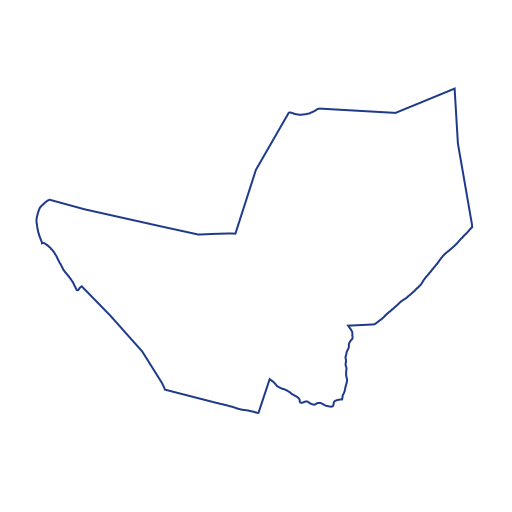 outline of Homoine, Inhambane, Mozambique, rotated 87°
{"feature_id": "85939544B9969435799517", "entity_name": "Homoine", "entity_type": "district", "adm_level": 2, "iso_a3": "MOZ", "parent_name": "Mozambique", "parent_adm1": "Inhambane", "projection": "orthographic", "projection_center": [35.094, -23.913], "detail": "fine", "context": "isolated", "style": "outline", "palette": "blue", "viewbox_px": 512, "rotation_deg": 87, "n_neighbors": 0, "source": "geoboundaries", "source_scale": "gbopen_adm2", "svg_char_len": 6049}
<svg xmlns="http://www.w3.org/2000/svg" viewBox="0 0 512 512"><g transform="rotate(87 256 256)"><path d="M120.4,109.2L112.2,184.0L112.2,185.2L112.3,186.2L112.7,187.4L114.0,189.4L114.2,189.9L115.0,191.6L115.7,193.7L116.3,194.9L116.5,195.4L116.5,195.9L116.7,197.1L116.8,198.0L117.0,198.6L117.1,201.4L117.3,202.9L117.3,204.7L116.6,208.2L115.9,210.7L115.5,211.2L115.2,212.3L114.9,212.8L114.6,213.8L114.4,214.8L114.5,215.3L114.8,215.9L170.0,251.6L232.6,275.4L232.1,281.1L231.7,298.6L231.6,312.3L221.2,350.2L200.4,424.7L189.0,459.2L189.7,461.0L191.0,463.1L191.7,464.0L192.6,464.9L192.7,465.3L193.1,465.7L193.7,466.3L194.0,466.6L194.2,467.1L194.7,467.5L195.4,468.4L196.0,468.7L196.2,469.1L196.8,469.4L198.8,470.5L200.2,470.9L201.9,471.6L202.3,471.8L202.7,471.8L203.6,472.2L204.0,472.2L204.4,472.4L206.0,472.8L207.0,473.1L207.5,473.1L207.9,473.3L208.9,473.3L209.5,473.4L210.4,473.4L212.2,473.3L212.6,473.1L214.3,473.1L214.7,473.0L216.1,472.9L216.6,472.8L217.6,472.8L218.0,472.6L218.6,472.6L219.0,472.4L219.5,472.4L220.0,472.3L220.5,472.3L220.9,472.1L221.5,472.1L222.0,471.9L222.4,471.7L222.9,471.7L223.9,471.4L224.4,471.4L226.3,470.6L226.8,470.6L227.4,470.4L228.3,470.0L230.5,469.3L231.1,469.2L231.6,469.0L232.0,469.0L231.9,468.8L231.9,467.7L232.1,466.8L233.0,465.4L233.5,465.0L233.8,464.5L234.0,464.0L234.5,463.7L234.8,463.2L235.2,463.0L235.7,462.2L236.3,461.9L236.8,461.1L237.6,460.6L238.0,460.4L238.7,459.8L238.9,459.4L240.5,458.3L240.9,458.0L241.9,457.3L243.2,456.8L245.3,455.5L245.8,455.3L246.3,455.0L247.3,454.6L247.7,454.6L248.2,454.3L250.0,453.6L250.9,453.0L252.9,452.3L253.5,451.8L254.3,451.4L258.6,449.5L259.1,449.3L259.6,449.0L260.2,448.8L260.6,448.4L262.4,447.3L262.7,446.9L263.6,446.3L264.1,445.8L264.6,445.6L265.1,445.1L265.7,444.9L266.2,444.3L267.2,443.6L267.7,443.4L268.0,443.0L268.6,442.7L269.0,442.5L269.4,442.1L269.9,441.9L270.8,441.3L271.3,441.1L272.4,440.3L273.4,440.0L273.9,439.6L276.3,438.8L277.1,438.3L278.0,437.9L279.1,437.5L279.6,437.2L280.5,436.9L280.7,436.5L280.8,436.0L280.8,435.5L280.5,435.0L279.4,434.3L278.5,433.6L277.2,431.6L307.8,404.7L345.4,374.6L378.0,356.5L379.5,355.9L381.8,354.9L382.8,354.6L383.2,354.4L384.7,353.9L400.8,302.6L400.8,302.2L401.9,299.2L401.9,298.7L402.5,296.8L402.5,296.3L403.1,295.0L403.1,294.4L403.4,293.4L404.0,291.9L404.3,290.9L405.0,289.0L405.0,288.5L405.8,286.3L406.1,285.7L406.6,284.3L407.2,283.3L407.3,282.5L408.0,280.8L408.0,280.4L408.4,279.6L408.4,279.1L408.8,278.2L408.8,277.6L409.1,276.5L409.1,275.9L409.3,275.0L409.3,274.5L409.5,274.0L409.8,272.5L409.9,272.0L410.1,271.6L410.1,271.1L411.0,268.4L411.0,267.9L411.5,266.5L411.5,266.1L412.1,264.9L412.3,264.1L412.8,262.7L412.7,262.1L412.7,261.7L379.7,248.8L379.9,248.6L382.3,245.6L383.8,244.2L385.3,243.0L387.0,241.8L388.6,239.3L390.2,236.3L390.3,235.3L392.0,232.0L393.1,230.5L393.9,229.2L394.9,228.3L395.8,227.3L396.9,225.3L397.5,224.6L397.8,223.9L398.1,223.4L399.3,221.8L400.0,221.1L400.7,220.5L401.8,220.0L403.8,219.9L404.6,219.4L405.0,218.3L404.9,217.4L404.5,215.8L404.1,215.0L403.8,213.4L404.2,211.9L406.0,209.7L406.8,208.1L407.2,207.1L407.5,205.9L407.4,204.8L406.9,203.9L406.4,203.2L406.0,201.5L406.1,201.0L406.1,199.8L406.4,198.7L406.8,198.0L408.0,196.0L408.8,194.8L409.3,193.6L409.7,192.1L410.3,189.7L410.4,188.8L410.2,187.5L409.4,186.7L408.5,186.4L407.4,186.2L406.1,185.9L405.0,184.9L404.4,183.4L404.0,181.6L403.7,179.1L403.7,177.5L402.4,177.3L401.9,177.0L400.5,176.9L399.2,176.5L397.9,175.6L395.5,174.5L391.1,173.4L389.1,172.7L388.8,172.6L388.6,172.6L387.4,172.1L385.2,171.6L383.7,171.6L380.2,172.2L376.7,172.1L373.0,171.5L371.6,171.7L370.4,172.1L369.2,172.2L367.9,172.1L366.4,171.7L364.7,171.6L362.4,171.9L361.4,171.9L359.1,171.0L357.0,170.6L355.9,170.2L355.1,169.6L353.4,168.7L351.8,168.0L351.0,167.9L349.7,168.0L348.2,167.6L346.8,166.9L345.4,165.8L343.6,164.0L342.2,163.8L340.2,164.0L339.3,163.8L336.7,163.9L336.1,164.3L334.8,164.8L334.3,165.2L333.8,165.4L332.4,166.4L331.1,167.1L330.4,167.6L330.5,141.8L330.3,141.4L330.2,140.9L329.7,140.0L329.4,139.5L329.0,139.1L328.8,138.7L328.5,138.3L328.3,137.9L327.6,136.9L327.2,136.5L327.0,136.1L326.7,135.7L326.5,135.3L325.3,133.5L324.6,132.8L324.4,132.3L324.0,132.0L323.8,131.6L323.0,130.9L322.8,130.5L322.4,130.3L322.1,129.8L321.6,129.5L321.4,129.0L321.0,128.7L320.7,128.2L319.9,127.4L319.8,127.0L319.0,126.2L318.4,125.1L317.3,123.8L317.1,123.4L316.7,123.2L316.6,122.8L315.9,121.9L315.5,121.3L315.0,121.0L314.8,120.5L313.6,119.1L313.4,118.7L313.0,118.4L312.8,117.9L312.4,117.5L311.3,116.3L311.1,115.9L310.1,115.0L309.8,114.5L309.0,113.6L308.6,113.0L308.1,112.0L307.7,111.5L307.5,111.0L307.3,110.6L306.3,109.0L305.8,108.0L305.4,107.6L305.0,107.1L304.7,106.8L304.3,106.2L303.9,105.8L303.2,104.6L302.7,104.1L301.6,102.6L300.7,101.6L300.2,100.7L299.8,100.5L298.9,99.2L298.4,98.8L298.0,98.3L297.5,97.9L297.3,97.5L296.8,97.1L296.6,96.6L296.2,96.4L295.9,95.8L295.0,94.9L294.8,94.5L294.3,94.2L294.0,93.7L293.5,93.3L293.1,92.8L290.7,91.0L290.1,90.7L289.6,90.5L289.2,90.1L288.2,89.3L287.8,88.9L287.0,88.3L286.2,87.6L285.9,87.4L285.7,87.0L285.3,86.8L284.9,86.4L284.5,85.9L284.1,85.5L283.7,85.3L283.5,84.9L282.7,84.1L282.3,84.0L281.2,82.8L280.8,82.6L280.6,82.2L280.1,82.0L280.0,81.7L279.6,81.4L279.0,80.9L278.6,80.7L278.3,80.2L277.9,79.8L277.5,79.6L276.6,78.7L276.3,78.3L275.9,78.1L275.6,77.7L275.1,77.4L273.8,76.1L273.4,75.9L273.3,75.5L272.7,75.2L272.4,74.8L271.9,74.6L271.7,74.2L270.5,73.4L269.6,72.8L269.2,72.2L268.5,71.7L268.1,71.5L267.7,71.1L266.3,69.7L265.7,69.3L265.5,68.9L265.1,68.6L264.6,68.1L264.2,67.7L262.7,65.8L262.3,65.2L261.4,64.1L261.3,63.7L259.8,61.8L259.4,61.4L259.1,60.8L258.5,60.1L257.1,58.4L256.8,58.0L256.5,57.6L256.1,57.0L255.1,56.2L254.6,55.2L254.2,55.1L253.5,54.2L251.7,52.5L251.3,52.0L250.9,51.7L250.5,51.3L250.1,50.9L249.1,49.9L248.8,49.3L248.4,49.0L248.0,48.5L247.6,48.3L247.4,47.9L247.0,47.7L245.6,46.1L245.2,45.7L245.0,45.3L244.5,45.0L244.2,44.4L243.5,43.7L243.2,43.5L241.9,42.1L241.4,41.8L241.1,41.4L240.7,41.0L240.3,40.8L240.0,40.2L239.6,40.0L239.4,39.6L238.5,38.6L235.7,38.7L154.1,48.5L99.2,48.9L120.4,109.2Z" fill="none" stroke="#1e3a8a" stroke-width="2"/></g></svg>